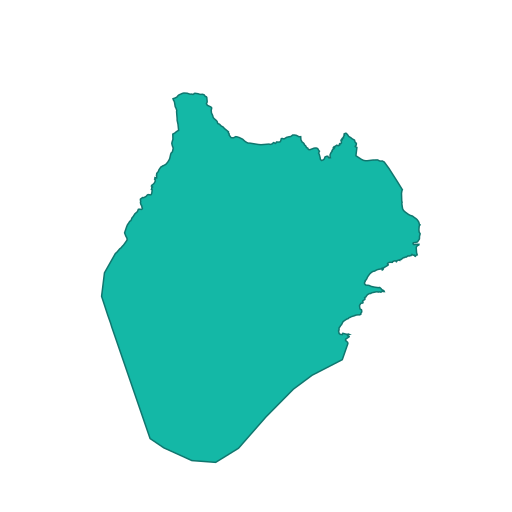 Kpando Municipal, Volta, Ghana (orthographic projection), rotated 249°
{"feature_id": "2480657B39800519073464", "entity_name": "Kpando Municipal", "entity_type": "district", "adm_level": 2, "iso_a3": "GHA", "parent_name": "Ghana", "parent_adm1": "Volta", "projection": "orthographic", "projection_center": [0.337, 7.0], "detail": "fine", "context": "isolated", "style": "filled", "palette": "teal", "viewbox_px": 512, "rotation_deg": 249, "n_neighbors": 0, "source": "geoboundaries", "source_scale": "gbopen_adm2", "svg_char_len": 6127}
<svg xmlns="http://www.w3.org/2000/svg" viewBox="0 0 512 512"><g transform="rotate(249 256 256)"><path d="M294.6,108.5L273.7,97.4L253.9,96.4L245.5,96.2L241.6,95.9L123.5,91.7L109.9,101.2L88.0,122.8L77.8,144.4L82.8,170.8L102.3,207.8L118.3,243.2L124.6,265.7L128.3,299.4L141.3,310.4L142.5,310.6L144.3,309.8L144.9,309.3L146.2,309.9L147.1,313.7L147.3,314.1L147.6,314.1L147.7,313.7L148.2,313.2L149.0,312.9L149.4,313.0L149.4,313.6L149.2,313.8L149.3,314.0L149.8,313.6L149.5,314.8L150.1,314.2L150.1,313.3L150.8,312.0L152.7,309.4L151.7,308.4L152.7,306.5L153.9,305.8L154.6,306.0L155.8,306.0L156.4,306.5L156.8,306.4L157.3,307.1L158.4,307.4L159.5,308.2L159.9,309.2L160.4,309.6L161.0,310.6L161.2,311.2L163.2,313.3L163.8,314.7L164.6,318.0L164.5,319.5L165.1,321.0L165.0,321.8L165.2,323.4L164.9,327.0L165.1,327.2L164.8,329.2L163.9,331.8L164.0,332.6L164.2,332.8L164.2,333.1L164.9,333.2L165.6,334.4L166.6,335.0L168.1,335.2L168.7,334.6L169.4,334.1L172.5,334.8L173.3,335.6L174.3,337.1L173.9,338.4L174.0,339.1L174.8,339.4L175.4,339.2L176.0,339.8L176.4,342.0L177.0,342.4L178.2,342.5L178.5,344.1L178.8,344.3L179.9,346.1L180.3,348.1L179.9,349.7L180.2,350.7L179.5,355.2L179.2,356.2L178.5,357.2L178.3,358.4L177.5,359.6L177.5,360.5L177.8,361.1L177.8,361.8L177.1,362.3L176.8,363.0L177.5,363.0L178.7,362.2L179.3,361.5L180.8,361.0L182.3,360.2L182.6,358.9L184.4,355.6L186.3,352.7L188.1,350.9L189.5,348.0L191.2,347.4L192.5,347.9L193.0,348.8L193.8,349.0L194.3,350.3L195.0,351.2L196.6,352.8L198.6,355.9L199.3,357.8L199.7,359.6L199.4,361.4L199.8,363.8L199.6,365.9L199.0,368.6L199.3,369.1L197.7,368.9L197.8,369.5L198.3,370.2L199.2,370.7L200.1,375.9L200.4,376.3L201.4,375.9L201.9,376.1L202.3,378.1L202.1,378.9L201.2,381.1L201.8,381.6L201.8,383.7L201.3,384.9L200.6,384.8L200.3,385.1L201.1,386.0L201.1,387.7L200.4,388.6L201.0,388.9L201.0,389.4L200.7,390.0L201.6,393.1L201.3,394.1L201.5,395.0L201.1,396.0L201.6,397.5L201.6,398.3L201.1,398.8L201.1,400.0L200.8,400.8L201.6,402.2L200.7,402.7L200.5,403.2L200.1,403.6L200.0,404.2L198.9,404.3L198.6,404.6L199.4,406.0L199.3,406.9L201.6,407.1L206.2,408.5L207.1,409.1L207.8,410.4L207.9,411.9L208.5,412.3L209.2,410.7L210.0,407.5L210.6,407.1L211.6,407.1L212.0,407.7L211.5,409.7L211.3,411.8L213.2,414.5L213.6,414.8L215.8,415.7L217.9,417.2L219.9,416.9L222.2,417.5L225.5,419.1L226.3,420.3L226.9,419.9L227.7,419.9L228.8,420.1L230.1,420.0L232.3,419.4L234.0,418.5L234.9,417.8L237.2,416.4L238.9,414.3L240.4,413.1L243.5,411.1L245.3,410.2L246.9,409.8L248.1,409.9L252.7,410.9L253.9,411.7L254.9,411.7L259.8,413.4L262.4,414.3L264.9,415.8L265.4,416.4L274.4,414.7L290.1,411.5L297.8,409.4L299.5,407.9L299.8,406.6L300.6,405.3L302.1,404.0L303.7,399.5L305.1,393.9L305.7,392.4L306.7,390.7L308.5,389.0L313.8,385.2L321.2,389.1L322.6,387.9L323.2,388.4L323.7,389.4L325.3,390.1L325.7,389.7L327.0,389.3L328.9,389.5L330.9,387.8L332.7,386.8L333.7,385.9L334.7,385.3L336.7,384.9L338.4,384.0L338.5,383.3L338.4,382.0L338.1,381.8L337.1,381.9L336.9,381.8L336.5,380.7L335.0,380.0L335.2,379.4L334.8,378.4L334.5,378.2L334.2,378.5L333.6,378.2L333.9,377.5L333.8,377.0L333.4,376.7L332.2,376.7L331.0,376.3L330.5,375.3L330.5,375.0L330.9,374.5L330.5,373.9L330.0,374.2L329.6,373.9L329.4,372.7L329.5,372.2L330.5,371.1L330.0,369.1L329.2,368.3L329.9,368.4L330.1,368.2L329.8,367.6L329.5,367.0L328.0,366.3L327.8,365.6L327.3,364.9L327.1,364.7L326.6,364.7L325.7,363.2L324.2,361.6L322.4,360.8L321.1,360.7L321.5,359.3L322.3,358.9L323.4,358.8L323.8,357.6L323.7,355.9L322.1,354.5L321.9,354.0L321.6,353.0L321.6,351.5L322.9,350.8L323.4,350.8L324.7,351.1L328.5,351.5L329.6,351.3L331.1,352.8L332.0,352.4L334.1,352.1L334.6,351.7L335.2,351.0L335.7,349.6L335.9,348.7L335.9,344.7L336.1,343.9L336.6,343.2L337.2,343.0L338.1,343.0L339.2,342.0L341.3,341.8L342.2,341.1L343.7,341.1L344.5,340.8L345.9,339.9L346.4,339.8L348.5,339.6L351.4,340.5L351.9,338.9L354.2,336.9L355.2,335.2L355.8,333.7L355.1,331.3L355.5,329.5L355.8,327.1L355.3,324.5L355.5,323.7L356.4,322.5L356.5,321.7L354.6,320.3L353.9,319.2L354.1,318.3L355.1,316.0L354.3,315.0L354.1,314.5L354.6,313.9L355.4,313.4L355.6,313.0L354.9,311.3L354.9,309.9L355.1,309.2L355.8,308.3L356.0,307.7L358.1,300.5L359.4,297.9L363.6,290.7L364.1,289.3L365.2,288.1L367.3,286.6L369.8,285.4L372.6,282.8L374.1,280.9L374.7,279.8L374.4,277.4L374.8,276.3L375.5,275.1L378.6,274.3L379.5,274.7L381.2,274.3L381.5,274.7L381.8,274.8L386.2,272.3L388.6,271.3L389.4,270.4L390.1,270.0L392.2,269.1L393.1,268.0L393.7,267.8L395.4,267.9L396.3,267.7L399.6,266.0L400.7,265.7L402.9,265.9L405.5,265.7L408.1,266.4L409.7,267.5L410.6,267.7L411.6,267.0L414.1,264.6L415.9,264.3L416.3,264.5L416.9,265.3L417.8,265.8L421.8,266.9L422.6,266.6L423.1,265.9L425.1,265.3L426.1,264.1L426.9,261.7L428.3,260.0L429.7,257.5L429.9,256.7L429.5,255.9L429.4,255.1L430.2,254.0L430.7,252.4L432.6,250.1L434.0,247.1L434.2,245.6L434.0,241.8L433.7,240.8L432.7,239.0L432.5,237.0L432.6,234.9L431.1,234.8L429.6,235.1L428.8,235.0L424.3,234.1L422.5,234.3L420.5,234.2L420.0,234.1L419.3,233.6L413.9,232.0L413.1,231.8L410.9,231.0L407.0,230.4L401.1,228.8L400.6,226.2L399.9,224.3L399.6,222.0L394.8,220.3L392.2,218.3L391.1,217.7L388.8,217.4L386.4,217.4L383.2,215.3L382.6,213.8L381.7,212.9L378.4,210.7L377.3,209.8L375.3,207.3L373.9,204.7L373.7,203.4L373.5,201.7L373.6,201.2L373.3,200.4L373.3,199.4L372.4,197.9L371.2,196.2L369.8,195.0L368.7,192.9L367.9,192.7L367.2,192.0L366.9,192.2L364.5,191.2L365.4,189.8L364.4,189.4L364.2,189.0L364.0,188.9L363.7,189.3L363.3,189.3L362.6,188.9L361.7,188.7L361.3,188.0L360.3,186.9L359.6,185.0L359.5,184.3L358.8,183.4L357.5,184.1L357.1,183.1L356.6,183.0L355.6,182.2L355.1,182.8L354.7,182.7L352.0,181.2L350.9,180.2L350.8,179.6L352.0,177.3L351.9,176.4L351.0,174.7L350.7,172.0L351.2,171.2L351.2,170.8L350.7,169.4L350.6,168.6L350.0,168.2L348.2,167.9L347.6,167.4L347.0,167.2L345.5,167.0L343.5,167.3L342.7,167.0L341.2,167.0L340.8,166.7L340.5,165.8L341.7,163.5L341.7,162.8L340.7,162.0L339.8,160.9L338.8,158.1L336.8,155.4L336.1,154.0L333.9,151.9L333.6,150.5L332.1,148.6L331.5,147.5L329.9,145.9L324.7,141.6L321.3,141.6L319.1,141.9L317.8,141.7L316.9,141.1L313.7,136.3L313.0,134.7L312.0,133.0L311.5,131.3L309.5,127.7L308.7,125.6L294.6,108.5Z" fill="#14b8a6" stroke="#0f766e" stroke-width="1.5"/></g></svg>